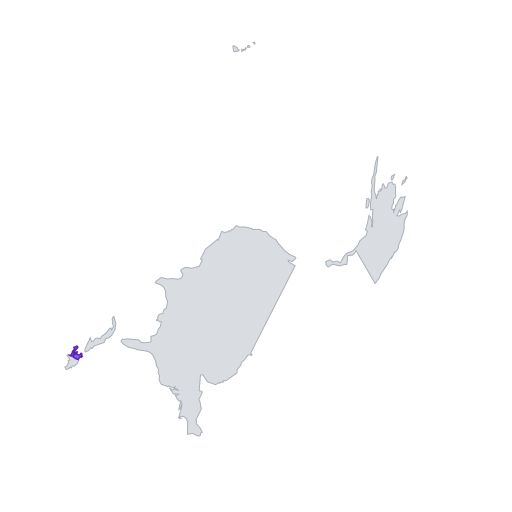 map of Haiti with United States of America, Dominican Republic and Cuba greyed out, rotated 117°
{"feature_id": "HTI", "entity_name": "Haiti", "entity_type": "country or territory", "adm_level": 0, "iso_a3": "HTI", "parent_name": "North America", "parent_adm1": "", "projection": "equal_earth", "projection_center": [-72.755, 19.066], "detail": "fine", "context": "with_neighbors", "style": "filled", "palette": "violet", "viewbox_px": 512, "rotation_deg": 117, "n_neighbors": 3, "source": "natural_earth", "source_scale": "50m", "svg_char_len": 6195}
<svg xmlns="http://www.w3.org/2000/svg" viewBox="0 0 512 512"><g transform="rotate(117 256 256)"><path d="M246.9,216.7L345.2,216.7L345.5,214.9L346.7,214.9L347.0,217.4L348.0,218.2L354.0,219.2L357.3,220.6L360.2,220.0L365.7,221.2L369.0,219.9L381.0,226.3L381.3,227.6L382.1,228.0L381.9,228.5L383.6,228.1L384.4,230.0L385.9,230.6L385.4,231.4L389.0,233.6L390.1,242.1L386.1,249.3L386.4,250.5L387.6,251.3L401.8,245.5L401.1,242.6L402.8,241.8L409.8,241.8L411.0,240.0L417.1,235.3L429.4,235.2L429.7,234.1L432.5,233.1L434.8,227.3L437.5,223.8L438.7,225.0L441.1,224.2L442.7,225.6L442.9,231.9L446.0,236.2L434.6,241.6L432.0,245.5L432.0,248.1L433.3,250.7L434.8,250.8L434.4,249.0L435.5,250.1L435.3,251.5L424.4,253.6L421.2,255.0L426.7,254.1L427.9,255.0L422.6,256.5L420.2,256.5L420.3,255.9L419.1,257.2L420.2,257.5L419.4,261.0L416.6,264.9L416.3,263.6L414.3,262.1L415.0,264.8L416.0,265.7L416.0,267.6L412.5,273.6L413.4,269.9L411.5,268.0L411.1,263.8L410.4,266.0L411.1,269.2L408.6,268.4L411.2,270.0L411.3,274.9L412.4,275.2L413.3,282.1L410.7,286.0L406.7,287.5L404.0,290.5L402.1,290.9L400.0,292.8L399.4,294.5L395.0,297.9L390.7,303.6L390.0,307.3L390.6,311.0L393.5,319.4L393.5,321.7L395.2,328.0L394.8,333.8L393.7,337.1L392.5,337.8L390.5,337.1L389.9,334.7L388.4,333.5L384.1,322.6L385.0,319.0L384.0,316.0L381.0,311.6L379.5,310.7L375.4,313.2L372.8,310.4L370.4,309.1L365.8,309.8L362.3,309.2L357.6,310.4L358.2,311.8L358.0,314.0L358.8,315.0L358.0,315.7L356.6,314.9L355.0,315.9L352.1,315.8L349.3,312.9L345.7,313.6L342.9,312.4L336.9,314.0L333.0,318.0L328.8,320.3L326.4,322.9L325.3,325.3L325.0,329.0L325.6,333.5L324.0,333.6L318.2,330.8L316.7,324.4L314.6,321.3L311.8,314.5L309.2,312.4L305.9,312.5L302.9,316.7L299.8,315.1L297.9,313.5L296.2,307.8L291.0,301.9L284.1,301.9L283.9,304.1L272.8,304.1L258.7,297.9L259.2,296.8L249.6,297.8L249.4,295.1L247.3,292.1L245.6,291.5L245.5,290.0L243.3,289.7L242.2,288.3L238.6,287.8L237.8,287.0L237.9,284.2L235.1,279.0L233.4,271.9L233.8,270.7L230.5,264.8L231.0,260.8L229.6,258.0L231.5,253.9L232.4,249.7L232.2,246.0L234.9,241.4L238.2,232.8L239.4,226.5L239.1,220.4L239.8,219.5L244.5,221.1L245.1,225.4L246.4,224.2L246.9,216.7ZM226.4,137.4L205.8,169.3L208.9,169.4L211.4,170.5L214.3,174.7L218.6,172.5L222.5,171.3L223.2,173.3L226.7,176.6L228.6,184.1L233.1,186.7L232.1,189.3L229.4,191.3L225.8,188.4L226.5,184.8L223.7,181.5L223.7,177.8L215.6,177.4L212.3,176.3L207.8,172.2L200.2,170.1L195.6,170.5L187.6,167.1L183.5,167.9L182.5,170.5L176.3,171.6L168.5,173.7L169.5,171.4L173.4,167.7L177.6,166.6L177.4,165.6L171.9,167.7L168.0,170.2L161.5,173.0L162.7,174.8L157.7,177.7L149.0,180.6L147.0,182.3L140.5,184.4L138.2,186.4L133.1,188.1L131.0,187.8L119.0,191.8L112.4,193.0L112.4,192.3L126.6,186.8L131.1,186.3L133.9,184.6L140.1,182.2L144.7,180.0L147.3,177.0L150.6,174.6L146.0,175.8L145.4,175.1L142.7,176.6L141.9,174.6L140.1,176.0L140.2,174.0L135.9,175.6L133.9,175.6L135.3,173.3L136.9,171.9L135.8,170.5L131.1,171.2L128.3,168.5L129.9,166.4L128.8,164.8L131.7,162.7L135.9,160.7L138.6,158.8L141.3,158.6L143.0,159.1L146.9,157.4L148.9,157.7L152.2,156.6L152.9,155.1L151.7,154.4L155.1,153.1L149.3,153.9L147.7,154.6L145.9,153.9L141.2,154.3L137.4,153.5L137.4,152.1L135.3,150.1L149.0,147.1L151.5,147.1L149.6,148.8L156.1,148.6L155.4,146.6L152.8,145.4L150.6,142.5L147.4,141.5L150.6,139.9L155.9,139.8L160.9,138.4L162.9,137.0L167.2,135.6L177.0,134.1L179.4,134.2L185.2,132.8L189.0,133.3L190.0,134.6L191.7,134.1L196.4,134.2L195.7,134.9L199.7,135.4L202.9,135.1L215.5,136.6L219.7,136.2L226.4,137.4ZM118.3,156.6L119.6,157.3L121.8,156.9L126.2,158.3L122.6,159.4L120.3,158.0L117.3,158.2L116.9,157.9L118.3,156.6ZM82.0,365.4L83.9,368.6L79.6,371.9L78.7,371.1L78.8,367.5L80.0,365.9L80.3,364.3L82.0,365.4ZM80.2,361.6L78.3,362.6L77.4,360.7L77.9,360.2L80.2,361.6ZM77.5,359.3L77.3,359.9L75.1,359.7L75.5,359.0L77.5,359.3ZM72.9,356.3L74.0,358.5L73.7,358.8L72.0,358.5L71.6,357.0L72.9,356.3ZM67.9,353.5L67.1,355.4L66.0,354.4L67.0,353.4L67.9,353.5ZM124.3,169.0L126.6,169.3L125.7,170.8L123.3,171.4L120.6,169.6L124.3,169.0ZM160.6,178.4L162.6,178.6L163.2,179.9L154.9,183.3L153.8,182.3L154.5,180.4L160.6,178.4Z" fill="#d9dde1" stroke="#a8b0b8" stroke-width="1"/><path d="M429.4,378.4L429.3,375.2L428.2,373.5L429.2,372.6L429.1,367.4L429.7,366.5L432.9,366.5L436.5,367.8L437.2,369.8L439.5,369.6L439.4,371.3L441.2,371.5L443.3,373.6L441.8,375.8L439.8,374.6L436.5,374.6L434.1,376.0L433.5,374.6L432.1,375.4L430.5,379.2L429.4,378.4Z" fill="#d9dde1" stroke="#a8b0b8" stroke-width="1"/><path d="M385.7,348.2L392.5,348.6L396.3,350.5L397.9,352.5L401.8,351.9L409.2,359.1L413.0,360.2L412.7,361.7L415.8,362.0L418.9,364.2L418.4,365.5L415.7,366.2L404.1,366.6L406.9,363.5L405.2,362.1L402.5,361.7L401.1,360.1L400.2,356.9L397.8,357.2L392.8,354.5L387.4,353.7L386.0,352.6L387.6,351.2L383.6,350.9L380.5,353.8L378.8,353.9L378.2,355.2L376.2,355.8L374.4,355.3L379.5,350.4L385.7,348.2Z" fill="#d9dde1" stroke="#a8b0b8" stroke-width="1"/><path d="M428.9,367.4L429.0,367.6L429.1,368.7L429.2,369.0L429.0,369.6L429.0,369.8L429.4,370.3L429.4,370.5L429.0,371.1L428.8,371.5L428.8,371.8L429.1,372.2L429.1,372.5L429.0,372.9L428.7,373.4L428.5,373.6L428.0,373.6L428.2,374.1L428.5,374.7L428.9,375.1L429.1,375.5L428.9,375.8L428.9,376.8L428.6,376.3L428.2,375.9L427.9,375.8L427.7,375.7L425.9,375.8L425.7,375.8L425.3,376.0L424.8,376.1L424.3,376.1L423.1,375.8L422.7,375.7L422.2,375.6L421.6,375.6L421.1,375.7L420.7,375.9L420.3,376.3L420.3,376.7L420.1,376.8L419.7,376.2L419.3,375.8L418.8,375.5L417.9,375.1L417.7,374.8L417.6,374.5L418.0,373.5L418.4,373.3L418.7,373.3L419.2,373.4L419.7,373.6L420.2,373.8L420.9,373.8L421.3,374.1L424.1,374.4L424.7,374.6L424.9,374.5L425.1,374.4L425.2,374.1L425.4,373.9L426.2,373.9L426.4,373.8L426.5,373.5L426.5,373.2L426.0,372.8L425.2,372.0L424.6,371.0L424.9,370.7L424.8,370.0L424.9,369.5L425.0,368.9L424.4,368.5L423.6,368.0L422.5,367.8L422.1,367.7L422.0,367.4L422.1,366.9L422.5,366.6L422.9,366.5L423.3,366.4L424.3,366.2L425.3,366.4L426.2,366.9L427.0,367.2L428.1,367.4L428.6,367.5L428.9,367.4ZM424.6,372.6L424.5,373.0L423.5,372.6L422.6,372.0L422.6,371.7L423.1,371.6L423.5,371.8L424.1,372.2L424.6,372.6ZM425.2,365.6L425.4,365.7L425.3,365.9L424.9,365.8L424.4,365.6L424.2,365.6L424.2,365.3L424.4,365.3L424.7,365.3L425.2,365.6Z" fill="#8b5cf6" stroke="#5b21b6" stroke-width="1.5"/></g></svg>